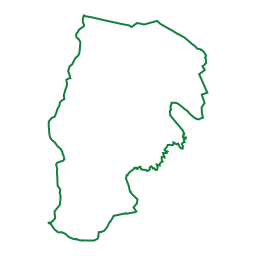 outline of Senjeh, Bomi, Liberia
{"feature_id": "62588387B88523823709040", "entity_name": "Senjeh", "entity_type": "district", "adm_level": 2, "iso_a3": "LBR", "parent_name": "Liberia", "parent_adm1": "Bomi", "projection": "robinson", "projection_center": [-10.869, 6.837], "detail": "fine", "context": "isolated", "style": "outline", "palette": "green", "viewbox_px": 256, "rotation_deg": 0, "n_neighbors": 0, "source": "geoboundaries", "source_scale": "gbopen_adm2", "svg_char_len": 4201}
<svg xmlns="http://www.w3.org/2000/svg" viewBox="0 0 256 256"><path d="M203.9,52.0L203.8,51.9L202.1,50.3L201.9,50.2L201.0,50.0L200.8,49.4L197.0,48.5L195.4,46.7L195.1,46.4L193.8,45.1L193.4,45.0L193.2,45.0L187.2,39.8L186.3,39.1L184.7,37.7L178.3,34.1L178.1,34.2L172.4,30.7L161.4,24.5L160.5,24.0L160.3,23.8L157.1,20.9L156.8,21.0L148.8,23.2L144.5,24.4L144.0,24.5L140.6,23.7L137.1,23.0L131.5,27.0L129.0,25.4L128.7,25.3L122.6,24.2L114.2,22.4L106.5,20.7L105.9,20.6L92.6,17.5L85.0,16.1L84.1,15.5L83.9,15.4L82.8,19.0L82.8,21.3L83.4,23.6L84.1,25.0L83.8,26.3L81.7,27.7L79.0,29.7L78.8,29.8L78.6,30.4L78.2,31.6L76.4,33.6L76.0,35.7L76.3,36.2L76.6,37.1L76.9,37.7L79.0,39.5L80.4,42.3L79.5,52.1L78.6,54.9L78.4,55.4L75.8,57.6L74.8,59.3L74.3,60.0L74.0,60.5L72.2,64.4L69.7,66.2L68.1,71.2L68.3,71.7L69.7,75.4L70.4,78.1L70.2,78.2L69.9,78.0L68.4,78.7L66.4,79.8L66.6,81.6L67.1,84.3L66.4,87.2L65.2,90.2L65.0,91.3L64.4,93.2L63.8,95.1L64.0,96.8L64.2,98.9L64.3,99.0L61.5,100.8L59.8,102.4L59.5,105.4L59.2,105.9L59.1,106.1L57.4,109.2L55.9,113.9L54.6,116.7L51.8,117.9L48.8,121.5L48.8,122.8L48.7,125.9L49.0,129.0L49.2,132.2L49.4,134.3L50.2,137.5L50.4,138.0L52.0,140.1L54.7,142.3L57.8,146.6L58.8,147.2L60.5,148.8L61.7,150.7L62.3,151.6L62.6,153.5L63.5,155.6L64.4,159.4L63.7,160.0L62.8,160.8L59.7,161.8L59.4,162.0L57.4,162.6L56.1,164.5L56.3,165.0L57.2,169.4L56.9,171.3L56.9,171.5L57.4,178.7L57.4,180.8L57.4,181.1L57.5,183.1L57.7,186.0L58.6,187.2L59.7,188.6L60.2,189.9L60.3,190.4L59.6,192.4L60.0,193.7L60.1,194.3L60.5,195.5L60.5,198.5L60.1,202.3L59.8,204.8L58.8,206.2L55.9,209.7L54.6,211.4L54.6,212.2L54.6,213.5L54.9,215.6L55.2,218.1L53.1,220.7L50.8,222.4L48.7,222.8L48.8,223.1L49.6,223.6L50.6,223.4L51.4,224.8L53.7,228.3L54.4,229.3L58.1,232.4L58.8,232.4L61.7,232.2L63.1,232.8L65.6,234.0L68.7,237.0L73.3,238.9L76.3,239.4L76.3,239.0L79.5,240.2L82.5,240.6L82.6,240.4L93.8,240.6L96.3,239.4L97.6,238.8L98.3,236.6L98.8,232.1L101.2,232.0L104.3,230.7L106.5,228.1L108.7,224.1L108.9,223.5L110.0,221.6L110.4,221.6L113.5,216.2L113.7,215.7L115.1,215.6L119.5,214.6L125.7,213.3L126.0,213.8L135.0,212.2L135.8,211.8L136.4,211.5L133.5,207.3L135.1,205.5L136.9,203.4L137.5,199.4L133.8,195.9L132.6,194.7L132.4,194.5L130.3,191.9L130.6,191.7L129.7,190.5L128.9,186.3L128.6,185.5L127.2,181.7L126.0,178.6L126.6,175.2L127.5,175.3L128.9,172.8L131.2,170.9L135.0,168.2L134.8,167.9L136.0,167.9L136.5,168.5L136.9,168.9L137.5,168.6L137.5,168.2L138.0,168.5L138.9,167.3L140.3,166.7L140.8,168.0L141.3,169.4L143.9,169.8L145.9,169.9L147.0,171.0L148.2,170.7L149.6,169.6L149.6,168.0L150.4,166.7L151.3,166.3L152.0,167.0L153.2,168.7L154.0,168.1L155.8,170.0L156.9,169.9L157.7,167.6L156.7,164.6L158.5,165.0L159.7,165.5L159.8,163.7L161.0,162.4L162.5,161.6L161.9,161.2L161.7,158.9L161.7,157.1L162.0,157.1L162.8,156.9L164.6,157.5L164.6,157.1L163.6,155.0L163.1,153.0L163.4,153.0L165.5,153.1L166.9,152.8L166.3,151.9L167.2,151.4L164.7,150.4L164.6,149.3L166.4,147.6L167.7,145.0L170.8,144.8L172.3,145.3L173.3,144.7L173.5,143.5L173.4,142.4L174.8,143.1L176.4,144.3L178.1,143.6L179.2,146.2L180.8,148.2L182.5,148.7L183.0,146.3L181.8,144.0L182.8,142.7L184.6,142.1L183.9,140.7L183.8,139.4L185.8,138.6L185.8,137.4L183.4,137.6L182.8,137.0L183.1,136.2L184.0,134.6L183.3,134.7L183.8,132.9L183.7,132.6L183.1,130.9L178.0,124.7L176.2,122.6L170.2,115.3L170.2,114.5L170.1,113.5L169.9,113.0L169.9,112.5L169.9,111.5L170.0,111.0L170.0,110.7L170.4,110.4L170.5,110.2L171.0,109.8L171.1,109.5L171.1,109.2L171.0,108.9L170.9,108.7L170.6,108.4L170.5,108.1L170.5,107.8L170.5,107.5L170.5,107.2L170.6,106.5L170.8,106.0L171.2,105.0L171.3,104.2L171.4,103.9L171.5,103.4L171.5,103.0L171.6,102.7L175.3,102.8L177.5,103.4L181.6,106.4L184.3,108.8L187.9,111.4L188.0,111.6L189.0,113.1L193.3,116.9L196.5,119.0L198.7,119.4L202.1,117.8L202.9,117.7L202.3,114.7L201.9,112.6L201.8,110.8L201.7,108.2L201.6,107.4L201.8,107.1L204.2,103.6L204.6,103.0L204.3,102.2L203.4,99.5L201.8,94.6L205.1,93.4L207.3,92.7L206.9,91.8L204.5,86.3L203.0,82.9L201.5,79.4L200.7,77.7L199.3,74.4L199.2,74.2L202.5,71.7L203.8,70.8L204.7,70.1L204.2,69.1L204.3,68.7L203.8,68.4L202.5,66.3L203.6,65.4L206.1,63.2L205.9,62.6L205.9,61.4L205.9,61.2L205.9,59.0L205.1,57.8L205.4,57.3L206.1,55.6L204.9,53.6L203.9,52.0Z" fill="none" stroke="#15803d" stroke-width="2"/></svg>